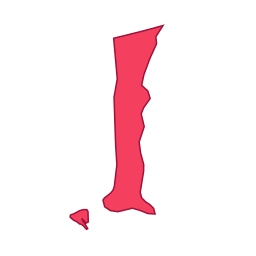 East Grand Bahama, Robinson projection, rotated 100°
{"feature_id": "BHS-5012", "entity_name": "East Grand Bahama", "entity_type": "District", "adm_level": 1, "iso_a3": "BHS", "parent_name": "The Bahamas", "parent_adm1": "", "projection": "robinson", "projection_center": [-78.023, 26.67], "detail": "fine", "context": "isolated", "style": "filled", "palette": "rose", "viewbox_px": 256, "rotation_deg": 100, "n_neighbors": 0, "source": "natural_earth", "source_scale": "10m", "svg_char_len": 899}
<svg xmlns="http://www.w3.org/2000/svg" viewBox="0 0 256 256"><g transform="rotate(100 128 128)"><path d="M21.0,111.3L33.2,116.4L40.1,114.5L55.6,118.5L72.6,121.6L83.6,122.0L88.1,114.9L95.1,111.3L105.5,116.2L111.9,117.4L123.8,112.3L139.9,114.6L150.5,111.2L161.2,106.2L167.9,105.1L189.2,104.8L194.3,102.5L197.5,98.1L199.7,93.1L202.7,88.8L208.0,86.4L208.8,93.7L207.1,101.7L206.2,109.7L212.2,123.5L212.4,131.0L209.6,137.3L203.4,140.1L201.0,139.1L195.4,134.0L192.2,132.1L187.9,131.3L166.1,132.6L146.1,137.4L100.1,147.1L81.5,147.1L42.1,157.7L30.5,131.5L21.0,111.3ZM228.6,155.1L230.4,153.3L234.1,150.2L235.0,151.3L232.0,155.1L230.9,157.4L230.9,159.1L229.3,162.0L228.0,166.1L225.9,169.5L223.8,169.6L223.0,168.5L222.3,167.0L217.7,161.1L216.1,157.8L215.5,154.4L217.2,152.9L227.4,150.8L228.9,152.7L225.7,156.8L225.1,157.9L227.5,156.3L228.6,155.1Z" fill="#f43f5e" stroke="#9f1239" stroke-width="1.5"/></g></svg>